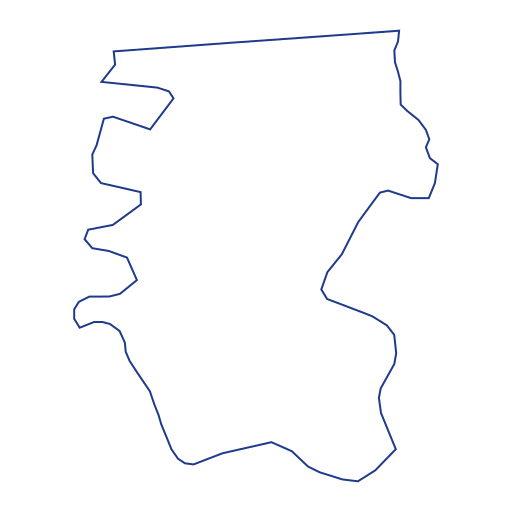 Nova Roma do Sul, Rio Grande do Sul, Brazil
{"feature_id": "56859067B38102631450434", "entity_name": "Nova Roma do Sul", "entity_type": "district", "adm_level": 2, "iso_a3": "BRA", "parent_name": "Brazil", "parent_adm1": "Rio Grande do Sul", "projection": "mercator", "projection_center": [-51.414, -28.994], "detail": "fine", "context": "isolated", "style": "outline", "palette": "blue", "viewbox_px": 512, "rotation_deg": 0, "n_neighbors": 0, "source": "geoboundaries", "source_scale": "gbopen_adm2", "svg_char_len": 1238}
<svg xmlns="http://www.w3.org/2000/svg" viewBox="0 0 512 512"><path d="M113.7,51.4L115.1,64.6L101.5,81.9L157.3,87.6L169.0,91.4L173.5,98.4L150.1,129.4L113.0,116.7L103.9,118.7L96.5,145.5L92.3,154.5L93.1,173.2L101.0,183.1L140.6,192.1L140.9,204.4L112.9,224.9L88.2,229.7L84.6,239.2L92.3,248.2L108.9,251.0L127.0,257.6L136.9,280.1L119.9,293.9L109.3,296.5L98.6,296.6L89.4,296.6L78.9,301.8L74.2,309.3L74.2,318.8L79.7,327.7L94.1,322.0L102.3,322.0L110.0,324.0L119.6,331.0L124.9,342.7L125.7,351.7L129.7,361.1L136.9,372.1L149.9,391.3L154.4,404.6L158.6,415.2L161.2,424.2L166.9,438.0L171.4,449.2L178.0,458.7L184.9,463.3L193.6,464.4L222.1,453.4L230.3,451.5L271.4,442.2L291.8,451.2L308.1,466.6L319.7,472.3L342.3,479.4L357.9,481.3L375.2,470.4L395.8,449.2L381.0,413.0L378.9,397.9L380.7,388.4L394.3,364.0L396.2,353.2L394.2,334.8L386.8,325.3L372.3,316.3L364.5,313.2L336.9,302.7L327.1,299.0L321.3,289.5L327.4,272.1L341.8,254.3L358.4,221.8L379.9,192.6L388.1,190.6L411.0,198.1L428.8,198.1L434.9,183.1L437.8,164.2L429.9,158.2L425.9,147.3L429.3,139.3L425.9,129.9L418.5,120.0L407.3,111.0L400.7,104.6L400.4,93.2L400.4,81.0L397.8,71.1L395.0,62.3L394.3,50.5L398.0,41.5L399.1,30.7L333.2,35.5L227.4,43.0L113.7,51.4Z" fill="none" stroke="#1e3a8a" stroke-width="2"/></svg>